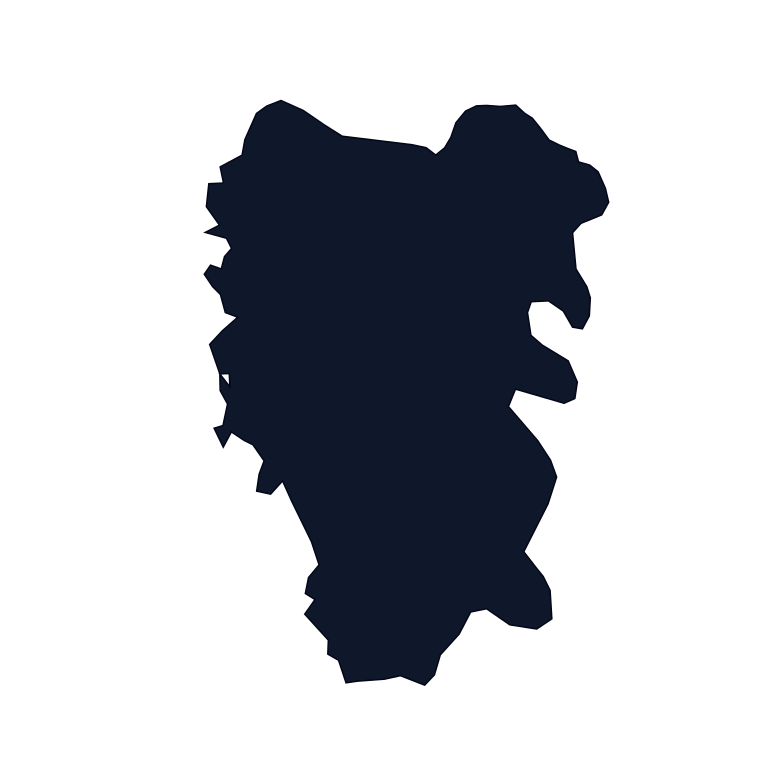 the district of Faxinalzinho, Rio Grande do Sul, Brazil, rotated 192°
{"feature_id": "56859067B37112231790828", "entity_name": "Faxinalzinho", "entity_type": "district", "adm_level": 2, "iso_a3": "BRA", "parent_name": "Brazil", "parent_adm1": "Rio Grande do Sul", "projection": "equal_earth", "projection_center": [-52.674, -27.37], "detail": "fine", "context": "isolated", "style": "filled", "palette": "ink", "viewbox_px": 768, "rotation_deg": 192, "n_neighbors": 0, "source": "geoboundaries", "source_scale": "gbopen_adm2", "svg_char_len": 1608}
<svg xmlns="http://www.w3.org/2000/svg" viewBox="0 0 768 768"><g transform="rotate(192 384 384)"><path d="M543.7,639.9L556.5,631.5L565.0,622.1L570.9,594.2L570.4,578.4L589.4,562.3L582.8,547.2L597.0,543.5L594.6,520.5L578.0,505.2L590.4,495.1L568.4,493.8L561.3,484.9L566.5,475.5L567.1,462.7L578.4,464.2L582.6,454.0L571.9,443.6L562.6,437.5L554.1,420.9L541.0,418.9L553.2,402.4L562.8,386.5L546.7,359.8L542.9,343.5L532.9,331.9L532.9,309.9L541.0,305.4L528.1,288.8L523.3,305.4L509.0,299.7L499.6,297.3L485.3,283.9L487.4,269.8L486.3,252.7L472.0,252.7L463.1,268.1L449.8,250.0L422.2,214.7L409.9,193.6L417.6,179.0L417.4,162.7L406.7,158.8L413.7,142.4L385.2,121.9L382.8,108.1L371.0,104.3L359.0,83.8L348.2,87.8L322.1,95.4L307.3,102.1L281.6,97.9L274.2,110.0L272.6,130.8L258.5,155.0L251.8,179.0L237.0,185.5L210.9,174.6L183.7,176.1L171.0,189.2L178.6,216.6L188.2,228.8L196.7,235.7L212.4,249.0L198.6,301.0L195.8,328.9L205.2,344.0L221.9,360.6L257.6,387.8L254.3,406.3L203.8,402.6L194.3,409.5L195.3,426.1L208.6,444.9L237.4,455.0L250.4,462.2L258.5,483.7L257.1,495.1L240.4,499.5L223.8,492.6L211.4,478.8L201.4,479.2L197.3,493.3L200.1,511.1L205.8,521.3L220.1,536.4L231.0,571.2L224.7,582.1L206.2,594.7L202.0,608.5L208.1,621.4L218.6,636.0L228.2,640.9L239.9,641.7L244.7,651.3L253.4,652.6L262.6,654.3L273.2,657.0L284.6,667.1L294.1,674.8L302.6,678.0L313.1,684.2L327.9,679.7L341.6,677.8L351.4,675.3L361.0,667.9L368.0,654.5L369.9,639.2L373.8,627.6L381.0,618.7L391.9,623.9L406.1,623.9L476.4,617.7L496.4,625.1L519.9,634.8L543.7,639.9ZM546.7,359.8L537.5,362.0L534.2,349.2L546.7,359.8Z" fill="#0f172a" stroke="#020617" stroke-width="1.5"/></g></svg>